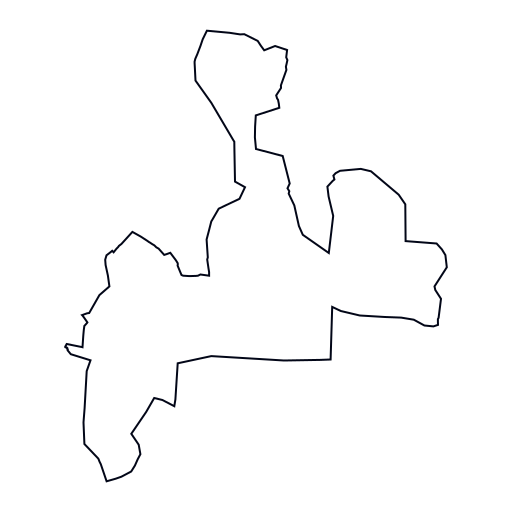 Tambuwal, Sokoto, Nigeria
{"feature_id": "59680162B21010588258079", "entity_name": "Tambuwal", "entity_type": "district", "adm_level": 2, "iso_a3": "NGA", "parent_name": "Nigeria", "parent_adm1": "Sokoto", "projection": "albers", "projection_center": [4.75, 12.395], "detail": "fine", "context": "isolated", "style": "outline", "palette": "ink", "viewbox_px": 512, "rotation_deg": 0, "n_neighbors": 0, "source": "geoboundaries", "source_scale": "gbopen_adm2", "svg_char_len": 2480}
<svg xmlns="http://www.w3.org/2000/svg" viewBox="0 0 512 512"><path d="M438.0,324.9L437.9,321.5L437.9,319.1L438.6,317.8L441.0,298.8L435.3,290.0L434.5,286.4L446.8,267.3L445.4,255.1L441.9,249.4L436.6,243.5L405.6,241.1L405.3,204.3L398.7,194.7L371.0,171.3L360.8,168.9L340.0,170.8L335.6,173.2L333.4,175.6L334.4,179.5L332.7,180.9L327.4,186.6L328.6,196.5L333.2,215.9L328.8,253.0L302.8,234.8L298.9,226.0L294.3,205.4L288.7,193.6L289.3,191.2L287.5,188.3L289.7,183.5L282.7,156.0L256.0,149.0L254.9,137.4L255.1,126.6L255.8,115.4L279.3,107.8L278.8,103.6L278.0,99.7L277.1,98.5L276.2,95.4L281.0,88.0L281.0,87.1L280.9,85.4L286.4,69.9L285.9,66.7L286.5,64.2L287.4,60.1L286.2,57.3L287.1,50.0L275.1,46.0L264.2,50.3L260.9,45.8L257.7,40.9L244.3,34.2L240.1,34.4L229.6,32.8L206.9,30.7L202.7,39.3L200.5,45.8L197.3,54.2L195.3,58.8L194.6,61.6L194.6,61.8L194.6,63.1L194.9,68.6L195.5,80.6L211.3,102.8L233.4,140.3L234.3,141.7L234.4,149.1L235.0,181.6L245.0,187.2L239.5,198.8L226.2,205.1L218.7,208.7L212.0,220.3L211.3,221.4L209.2,229.6L206.6,239.5L207.8,257.4L207.2,259.5L208.5,268.4L209.1,272.1L209.1,275.7L200.4,274.5L198.0,275.7L196.0,275.9L189.4,276.1L183.2,275.7L182.7,275.5L181.5,275.0L180.4,272.4L179.9,271.2L177.6,265.6L177.8,264.3L177.8,264.0L177.6,263.0L176.6,261.4L175.7,260.0L170.3,252.8L166.4,254.2L164.2,254.9L158.6,248.6L157.7,248.1L156.3,247.3L154.6,245.6L153.8,245.0L152.5,244.3L151.6,243.7L151.0,243.3L150.0,242.6L148.9,242.0L147.4,240.9L140.8,236.6L132.4,231.9L121.4,244.0L118.9,245.9L118.6,246.4L118.0,247.2L116.5,248.7L113.6,252.3L112.2,250.8L111.4,251.5L108.6,253.7L106.5,255.3L105.2,259.7L105.6,265.0L107.9,275.6L109.4,286.4L99.4,295.1L89.2,313.0L87.1,313.3L82.1,315.1L82.5,315.5L84.2,317.8L87.4,322.4L87.0,323.0L84.3,326.0L84.3,326.3L83.8,329.9L83.3,335.5L82.5,347.2L82.2,347.1L79.1,346.5L66.7,344.0L65.2,346.7L65.2,347.1L65.4,347.3L65.7,347.4L66.2,347.5L66.5,347.4L66.9,347.6L67.2,347.9L67.1,348.2L67.0,348.4L67.2,348.8L67.5,348.8L67.8,349.4L67.8,349.5L67.6,349.7L67.6,350.0L67.6,350.3L70.8,354.2L90.5,360.3L86.7,371.1L84.6,408.2L83.5,422.4L84.4,444.0L98.3,458.6L98.9,460.0L99.5,461.6L100.8,464.2L106.6,481.3L115.7,478.7L121.4,476.7L131.2,471.5L134.9,465.6L137.7,459.3L140.4,454.2L138.7,444.7L131.3,433.8L146.2,411.9L154.2,398.0L162.4,400.0L174.3,406.2L175.4,399.4L177.7,363.3L211.3,356.1L284.0,360.5L320.2,359.9L330.6,359.5L332.2,306.9L340.8,311.0L359.8,315.5L385.0,317.0L401.1,317.6L413.8,319.7L424.4,325.5L433.4,326.4L438.0,324.9Z" fill="none" stroke="#020617" stroke-width="2"/></svg>